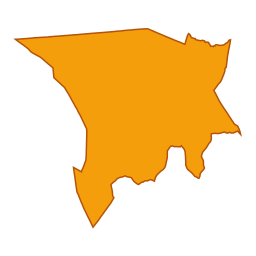 Mosop, Rift Valley, Kenya (orthographic projection)
{"feature_id": "3690345B59171839823035", "entity_name": "Mosop", "entity_type": "district", "adm_level": 2, "iso_a3": "KEN", "parent_name": "Kenya", "parent_adm1": "Rift Valley", "projection": "orthographic", "projection_center": [35.043, 0.418], "detail": "fine", "context": "isolated", "style": "filled", "palette": "amber", "viewbox_px": 256, "rotation_deg": 0, "n_neighbors": 0, "source": "geoboundaries", "source_scale": "gbopen_adm2", "svg_char_len": 5684}
<svg xmlns="http://www.w3.org/2000/svg" viewBox="0 0 256 256"><path d="M240.6,134.4L239.9,131.4L239.4,129.9L239.1,129.2L238.9,128.7L238.4,127.6L237.8,126.2L237.3,125.8L235.9,125.0L234.9,124.4L234.4,123.9L233.6,123.0L232.8,121.6L232.4,121.0L231.9,120.4L231.1,119.1L229.3,116.4L229.0,115.9L228.7,115.4L228.0,114.3L227.7,113.8L227.4,113.4L226.0,111.3L225.3,110.3L224.8,109.6L224.5,109.1L223.9,108.2L223.5,107.7L223.2,107.2L222.6,106.2L222.2,105.6L221.3,104.2L220.2,102.5L219.9,102.0L219.5,101.4L218.0,98.5L217.8,98.0L217.4,97.2L216.9,96.2L216.6,95.7L216.2,94.9L215.7,93.8L215.3,93.0L214.9,92.4L214.4,91.5L213.9,90.3L215.9,87.6L217.9,84.8L218.4,84.1L220.3,82.1L221.2,80.5L221.5,79.9L221.8,79.1L223.7,74.5L224.0,73.7L224.2,73.0L224.6,71.7L224.9,71.0L224.9,69.9L224.9,69.0L225.1,68.3L226.1,67.6L226.4,65.8L226.9,61.8L227.1,60.0L227.2,59.4L227.2,58.9L227.5,56.3L227.6,55.7L228.3,51.8L228.4,51.2L228.5,50.7L229.3,46.9L229.9,43.8L230.5,39.9L230.1,40.1L229.3,40.0L228.6,40.9L228.0,41.9L227.6,42.4L227.2,42.8L226.5,43.0L226.0,43.2L225.5,43.6L224.9,44.1L224.5,44.5L223.8,44.9L222.9,45.0L222.3,45.2L221.6,45.3L220.9,45.4L220.2,45.4L219.6,45.4L219.1,45.1L218.4,45.2L217.7,45.0L217.0,44.8L216.3,44.8L215.8,44.8L215.3,45.1L215.0,45.9L214.2,45.8L213.7,46.0L213.6,46.5L213.0,46.6L212.6,46.3L211.8,46.1L210.6,46.3L210.0,44.9L209.7,44.2L209.1,43.8L208.8,43.2L208.7,42.6L208.0,42.2L207.2,42.1L206.5,42.1L205.9,42.2L205.3,42.4L204.8,41.7L204.7,41.0L204.3,40.8L203.6,40.7L202.8,40.3L201.9,40.4L201.0,40.7L199.9,40.7L199.0,40.4L198.4,40.3L197.8,40.2L197.2,40.0L196.3,39.9L195.6,39.5L195.5,39.0L195.2,38.5L194.5,38.5L193.9,38.5L193.3,38.3L192.8,37.9L192.2,37.8L191.6,37.7L191.2,37.1L190.6,36.4L190.6,35.7L190.0,35.2L189.9,34.5L189.3,34.1L188.6,33.6L187.7,35.0L186.4,39.0L184.9,44.3L179.4,42.0L178.8,41.8L178.2,41.6L173.3,39.6L169.3,37.9L166.3,36.7L161.9,34.8L159.7,33.9L157.6,33.0L155.9,32.3L154.6,31.7L154.0,31.5L153.5,31.2L152.4,30.7L151.8,30.5L151.3,30.3L149.2,29.4L148.4,29.0L147.8,28.9L147.2,28.8L144.7,28.9L143.9,28.9L142.9,29.0L141.1,29.1L140.5,29.1L139.2,29.2L138.1,29.3L135.6,29.5L133.1,29.7L132.5,29.8L131.2,30.0L129.7,30.0L128.9,30.1L128.4,30.1L125.6,30.4L123.9,30.5L123.3,30.6L122.8,30.7L120.6,31.0L117.9,31.1L113.3,31.6L106.5,32.2L105.2,32.3L98.9,32.8L92.5,33.3L91.4,33.4L86.7,33.8L85.7,33.9L84.7,34.0L83.7,34.1L83.0,34.1L82.1,34.2L81.1,34.3L80.5,34.3L79.8,34.4L79.1,34.4L78.6,34.5L77.5,34.6L76.7,34.7L75.5,34.8L74.9,34.8L74.2,34.8L73.3,34.9L72.2,35.0L71.3,35.1L70.0,35.2L69.2,35.2L68.3,35.3L67.6,35.4L66.4,35.5L65.5,35.5L64.2,35.6L63.7,35.7L63.0,35.8L62.2,35.8L61.2,35.9L60.7,35.9L59.9,36.0L58.7,36.1L58.2,36.1L57.2,36.2L56.0,36.3L55.2,36.3L54.1,36.4L53.4,36.5L52.4,36.5L51.5,36.6L51.0,36.7L49.9,36.7L47.6,37.1L43.5,37.2L42.5,37.3L40.6,37.4L40.0,37.4L39.2,37.5L38.3,37.5L37.7,37.6L35.0,37.7L34.3,37.8L33.7,37.9L32.5,38.0L30.6,38.2L25.9,38.6L23.8,38.7L23.0,38.8L22.1,38.9L15.4,39.3L18.6,41.7L23.5,45.2L28.1,48.7L29.9,50.7L30.2,51.1L30.7,51.6L31.7,52.4L34.7,54.1L36.9,55.3L40.1,57.0L42.5,58.9L44.8,60.9L45.4,61.5L46.2,62.1L48.0,63.7L48.5,64.1L49.0,64.5L50.3,65.6L50.8,66.1L51.4,66.4L52.6,67.7L53.1,68.2L53.1,69.5L53.3,71.3L53.4,72.0L53.4,72.8L53.6,74.8L53.9,77.6L55.3,79.0L58.7,82.1L59.4,82.7L60.7,84.0L63.9,86.9L64.6,87.6L65.0,88.3L67.1,91.8L68.5,94.0L68.8,94.5L70.0,96.7L70.3,97.2L70.6,97.8L72.3,101.0L74.2,104.3L75.3,106.5L77.0,109.1L77.9,111.3L79.4,114.0L79.9,114.8L80.3,115.6L81.9,118.9L82.7,120.6L83.9,123.1L84.2,123.8L84.7,124.9L85.0,125.5L85.3,126.1L86.2,128.0L86.6,128.8L86.8,132.3L86.8,133.0L86.8,133.7L86.7,136.9L86.6,139.2L86.6,141.6L86.5,143.6L86.5,144.5L86.5,145.4L86.4,147.1L86.4,147.8L86.4,148.5L86.3,152.0L86.2,155.8L85.9,159.8L85.7,160.6L85.4,161.4L84.5,163.9L84.3,164.6L84.0,165.3L82.9,168.1L82.6,168.8L82.1,169.5L81.5,171.8L78.0,169.9L73.5,167.4L73.7,169.4L74.2,172.3L74.3,173.3L74.4,174.2L74.8,176.6L75.1,178.6L75.4,180.9L75.9,184.6L76.3,187.5L76.6,189.6L76.7,190.4L76.9,191.3L77.2,192.7L77.7,193.4L78.3,194.7L79.2,197.0L80.5,200.4L80.9,201.2L81.2,202.1L81.9,203.7L82.2,204.3L82.4,204.9L83.1,206.6L84.0,208.8L85.5,211.7L86.8,214.4L88.1,217.1L89.2,219.2L89.5,219.9L89.8,220.5L90.6,222.1L91.4,223.8L92.0,225.0L92.2,225.5L92.7,226.6L93.0,227.2L97.8,221.1L100.8,216.8L110.9,202.9L113.9,197.7L112.7,196.1L112.3,191.2L111.6,187.8L110.9,184.6L113.3,182.3L115.2,180.9L117.2,178.7L119.8,177.4L122.1,177.0L123.5,176.6L125.1,175.8L126.8,176.7L128.9,177.1L129.7,177.2L130.3,177.3L131.5,177.9L132.1,178.9L132.6,179.6L133.9,181.3L135.7,182.8L136.2,183.2L137.2,183.9L138.5,184.5L140.0,183.5L141.5,182.3L142.9,182.2L143.9,181.5L145.1,180.8L147.4,180.9L149.4,180.0L151.0,179.6L153.1,180.6L153.9,180.9L154.4,181.2L154.9,179.3L155.6,177.2L156.6,175.4L158.6,173.3L160.8,171.2L163.3,169.4L164.3,168.2L165.0,167.0L165.3,166.3L165.8,164.4L166.2,162.4L166.7,160.3L167.3,157.4L167.3,153.6L167.4,150.6L167.9,150.1L169.2,148.2L170.4,146.4L172.2,145.9L174.5,146.7L176.6,146.6L178.6,146.8L180.3,146.8L181.4,145.8L181.8,146.5L182.8,147.5L183.1,147.9L184.3,149.4L185.1,151.6L185.3,154.2L185.5,156.4L185.6,158.9L185.7,161.6L185.8,165.1L186.8,167.9L187.9,169.7L189.9,171.2L191.1,172.3L192.3,173.4L193.6,174.9L194.2,175.6L194.8,176.4L196.4,176.9L197.7,177.9L199.0,178.3L199.9,176.2L200.2,173.6L201.5,171.8L203.4,169.8L204.4,168.1L204.1,166.6L203.4,165.2L203.5,162.8L203.3,160.5L202.4,158.7L201.4,156.7L201.8,154.6L202.6,152.4L203.4,151.2L204.0,150.5L204.6,149.8L205.0,149.3L206.1,148.1L207.1,146.5L208.0,145.0L209.0,143.3L210.6,141.5L211.4,138.7L211.1,135.7L211.4,133.8L213.2,133.5L215.4,133.3L218.0,133.6L220.6,133.1L222.7,132.5L224.5,132.0L226.0,132.8L227.9,133.1L229.5,132.3L231.2,133.0L233.3,133.0L235.4,132.0L237.6,131.1L239.2,132.9L240.6,134.4Z" fill="#f59e0b" stroke="#b45309" stroke-width="1.5"/></svg>